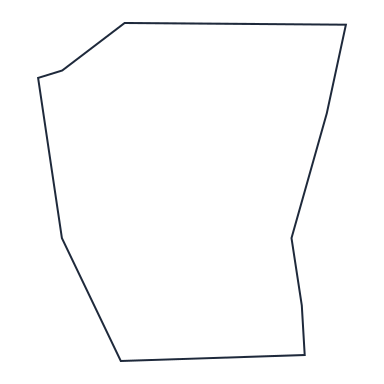 Butuan, Equal Earth projection
{"feature_id": "PHL-5532", "entity_name": "Butuan", "entity_type": "Highly Urbanized City", "adm_level": 1, "iso_a3": "PHL", "parent_name": "Philippines", "parent_adm1": "", "projection": "equal_earth", "projection_center": [125.568, 8.906], "detail": "fine", "context": "isolated", "style": "outline", "palette": "slate", "viewbox_px": 384, "rotation_deg": 0, "n_neighbors": 0, "source": "natural_earth", "source_scale": "10m", "svg_char_len": 250}
<svg xmlns="http://www.w3.org/2000/svg" viewBox="0 0 384 384"><path d="M38.1,77.9L62.2,70.5L124.6,23.0L345.9,24.7L326.8,113.3L291.5,238.1L301.8,305.5L304.7,355.0L120.8,361.0L61.9,238.1L38.1,77.9Z" fill="none" stroke="#1e293b" stroke-width="2"/></svg>